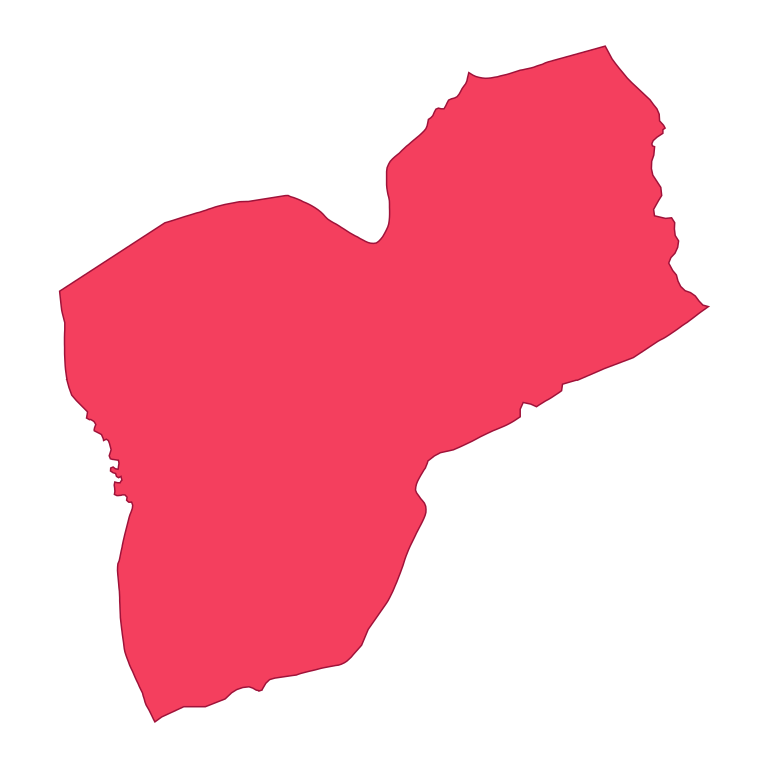 As Sawma'ah, Al Bayda', Yemen
{"feature_id": "15242507B21871042325483", "entity_name": "As Sawma'ah", "entity_type": "district", "adm_level": 2, "iso_a3": "YEM", "parent_name": "Yemen", "parent_adm1": "Al Bayda'", "projection": "natural_earth1", "projection_center": [45.761, 14.177], "detail": "fine", "context": "isolated", "style": "filled", "palette": "rose", "viewbox_px": 768, "rotation_deg": 0, "n_neighbors": 0, "source": "geoboundaries", "source_scale": "gbopen_adm2", "svg_char_len": 6000}
<svg xmlns="http://www.w3.org/2000/svg" viewBox="0 0 768 768"><path d="M59.6,291.2L60.4,298.7L61.2,306.1L61.7,310.2L62.4,313.4L63.2,316.5L64.0,319.7L64.8,322.7L64.8,325.8L64.8,329.5L64.6,333.2L64.5,337.5L64.5,344.0L64.6,347.4L64.6,354.0L65.0,362.1L65.2,365.7L65.5,369.3L66.5,376.8L67.0,379.4L66.7,379.5L66.9,379.9L68.9,387.3L71.7,395.1L76.4,400.6L87.5,411.8L87.5,412.1L87.1,414.9L87.0,415.2L86.7,417.3L86.5,418.0L89.5,419.7L90.8,419.5L94.0,421.5L95.8,424.5L94.6,427.6L94.1,430.0L94.3,430.8L100.0,433.7L101.5,434.6L103.3,438.8L103.6,440.5L106.3,439.2L108.3,440.5L109.4,443.2L111.1,449.7L110.3,452.4L109.2,455.8L110.4,458.8L111.6,459.1L112.3,459.4L112.9,459.4L118.1,460.2L118.4,460.2L119.0,463.2L118.5,466.3L118.4,467.0L118.2,468.9L118.0,469.3L115.2,468.7L114.5,468.1L113.1,467.0L110.7,468.0L110.5,471.0L113.0,472.7L115.6,473.5L115.7,473.9L116.5,476.4L117.8,477.2L118.6,477.7L121.0,476.4L121.3,477.9L121.9,480.2L120.9,481.2L120.1,482.8L117.4,482.7L116.7,482.5L116.4,482.5L116.0,482.3L114.8,482.0L114.2,485.1L114.7,488.3L114.7,489.3L114.9,490.5L114.8,490.9L114.9,491.4L114.4,494.4L116.9,495.6L117.9,495.6L121.0,495.3L122.7,494.8L124.9,494.9L125.0,495.0L125.7,495.7L127.1,497.2L126.6,500.2L127.9,501.5L128.8,502.2L130.1,502.2L131.6,502.1L132.7,505.2L132.4,507.8L132.3,508.5L131.2,511.7L129.9,514.9L129.1,517.5L128.0,521.9L124.7,534.8L124.1,537.4L123.3,540.8L122.5,544.6L122.3,545.4L122.3,545.9L122.0,547.5L121.8,548.3L121.1,551.4L120.5,554.4L119.8,558.0L119.2,560.7L117.9,563.8L117.6,567.0L117.5,570.4L117.8,574.6L118.1,577.6L118.7,584.2L119.0,587.9L119.4,591.2L119.7,597.8L119.7,600.9L119.9,604.6L120.0,607.8L120.3,614.5L120.4,617.7L120.8,621.4L121.6,628.3L122.0,631.3L122.4,634.7L123.5,642.3L123.9,645.6L124.3,648.8L124.9,651.8L126.0,655.3L127.2,658.6L128.4,661.7L129.7,665.3L130.8,667.7L131.1,668.4L132.6,671.4L135.1,677.3L136.6,680.6L138.0,683.4L139.3,686.5L141.0,690.0L142.5,693.0L143.2,695.9L144.2,698.9L145.0,702.0L146.1,705.0L147.6,707.6L149.1,710.2L152.1,716.3L153.5,719.3L154.9,721.9L161.8,716.9L183.8,706.7L185.0,706.7L205.4,706.7L225.2,698.9L231.6,692.8L236.7,689.6L242.8,687.5L249.0,686.8L252.8,688.1L256.2,690.1L259.1,690.7L259.1,691.0L262.1,690.0L262.3,689.3L265.8,683.3L269.6,679.6L274.8,678.1L292.5,675.5L296.4,675.0L297.9,674.4L300.9,673.4L303.6,672.7L306.7,671.9L309.5,671.2L312.2,670.6L315.5,669.8L321.1,668.3L323.9,667.7L329.2,666.7L335.6,665.5L338.6,665.1L341.3,664.2L344.5,662.7L346.9,661.1L349.2,659.0L351.3,657.0L353.2,654.7L361.6,645.2L368.2,629.4L386.4,603.3L388.1,600.6L389.9,597.2L392.8,591.3L394.2,588.0L395.4,585.1L396.8,581.9L398.1,578.5L400.5,572.3L401.7,569.0L403.0,565.4L404.9,559.3L406.1,555.9L408.6,549.6L410.2,546.0L413.1,540.1L414.8,536.6L416.4,533.2L419.4,527.4L421.0,524.4L422.6,521.2L423.9,518.4L425.1,515.4L425.9,512.4L426.0,509.4L425.7,506.3L424.4,503.1L422.5,500.7L420.6,498.5L418.8,495.9L416.6,492.9L415.5,490.1L415.8,486.9L416.5,484.0L417.6,481.2L419.1,478.3L420.6,475.6L422.4,472.6L424.0,469.9L425.4,468.0L425.9,466.6L427.3,463.2L427.9,461.0L434.4,455.9L440.4,452.7L453.4,449.8L455.9,448.7L459.6,447.1L462.2,445.9L467.9,443.2L471.9,441.3L475.3,439.5L480.5,436.7L484.2,434.9L487.3,433.4L490.1,432.1L493.3,430.6L496.1,429.5L501.6,427.2L504.2,426.1L506.8,424.9L509.5,423.5L512.0,422.1L514.5,420.6L517.5,418.6L520.2,416.8L520.2,409.2L523.2,402.5L530.8,404.1L536.5,406.7L539.5,404.7L542.9,402.6L545.6,400.9L548.8,399.2L551.6,397.5L554.0,395.9L559.3,392.4L561.6,390.7L562.5,384.2L566.2,383.1L576.1,380.2L577.5,380.2L604.3,368.6L633.3,357.6L657.9,341.3L660.4,339.9L663.6,338.3L666.1,336.8L669.5,334.6L677.4,329.2L679.7,327.5L682.0,325.8L684.8,323.9L687.3,322.3L689.9,320.3L692.6,318.3L698.4,313.8L701.1,311.8L708.4,306.6L702.9,305.1L699.0,301.0L695.3,296.0L690.5,292.6L685.1,290.7L680.7,286.5L678.0,281.1L676.4,275.0L672.7,270.5L668.7,263.1L670.9,257.6L675.0,253.2L677.7,247.3L678.6,240.9L675.2,235.5L674.4,228.9L674.7,222.7L671.6,217.8L665.5,218.4L654.5,215.8L653.6,209.4L658.6,200.5L661.7,195.5L660.8,187.4L652.8,175.1L651.4,168.6L651.7,161.2L653.8,155.1L654.6,146.7L652.5,145.9L651.8,143.9L653.2,140.6L657.1,137.1L662.9,133.3L662.9,129.7L665.1,128.1L663.6,125.3L659.6,120.9L659.4,117.7L659.2,114.2L656.9,108.8L653.5,104.6L650.0,99.8L645.1,95.2L636.2,86.8L631.8,82.7L627.2,78.0L623.2,73.1L619.2,68.3L615.5,63.6L612.1,59.0L605.2,46.1L548.2,61.9L545.3,62.9L542.4,64.3L539.4,65.2L536.6,66.1L534.1,67.1L531.3,67.9L528.1,68.6L525.3,69.2L522.7,69.8L520.2,70.2L509.4,73.7L506.6,74.5L500.1,76.0L497.5,76.8L494.8,77.2L491.1,77.9L488.1,78.2L485.3,78.3L482.3,78.0L479.1,77.4L475.8,76.5L473.0,75.2L468.8,72.6L468.4,74.3L467.6,77.5L466.9,80.9L465.7,83.7L463.8,86.2L462.1,88.6L460.6,91.5L459.1,94.2L457.1,96.7L454.6,98.0L451.5,98.8L448.6,100.1L447.1,102.9L445.8,105.7L444.0,108.8L441.2,108.8L438.4,108.1L435.9,109.2L434.3,112.2L432.8,115.7L430.8,117.8L428.4,119.4L427.8,122.7L427.1,125.9L425.9,128.7L424.1,130.9L422.9,132.1L422.0,133.0L419.2,135.6L414.1,139.8L411.5,142.0L408.8,144.4L406.5,146.2L401.9,150.5L399.4,153.1L397.1,154.9L394.8,156.8L392.4,159.0L390.2,161.4L388.7,164.0L387.1,167.7L386.6,171.5L386.6,185.0L386.9,188.2L387.4,191.4L388.0,194.6L388.8,197.5L389.4,200.8L389.5,203.9L389.5,207.3L389.6,210.8L389.6,214.3L389.5,217.3L389.2,220.8L388.7,224.0L387.8,226.9L386.3,230.1L384.7,233.2L382.7,236.7L380.7,239.2L378.6,241.4L376.3,243.0L373.5,243.4L370.6,243.2L368.0,242.5L365.5,241.4L363.1,240.1L360.0,238.5L357.6,237.0L355.0,235.8L349.9,232.9L346.8,230.9L343.9,229.0L341.3,227.4L338.9,225.8L336.3,224.2L333.4,222.7L330.4,220.9L327.6,219.0L325.3,216.7L323.2,214.3L320.8,212.0L317.9,209.7L314.8,207.6L311.6,205.7L308.6,204.1L305.8,202.8L303.3,201.8L300.7,200.4L297.4,199.0L293.7,197.6L290.6,196.7L288.1,195.5L285.3,195.6L248.2,201.5L246.0,201.5L242.7,201.6L239.8,201.7L236.8,202.2L233.9,202.8L231.1,203.3L224.8,204.5L218.1,206.2L215.2,207.0L211.8,208.2L208.5,209.2L206.0,210.2L203.3,211.0L199.5,212.3L196.8,212.9L190.1,215.0L184.7,216.6L181.3,217.7L173.9,220.1L171.3,220.9L167.7,222.0L164.9,222.8L59.6,291.2Z" fill="#f43f5e" stroke="#9f1239" stroke-width="1.5"/></svg>